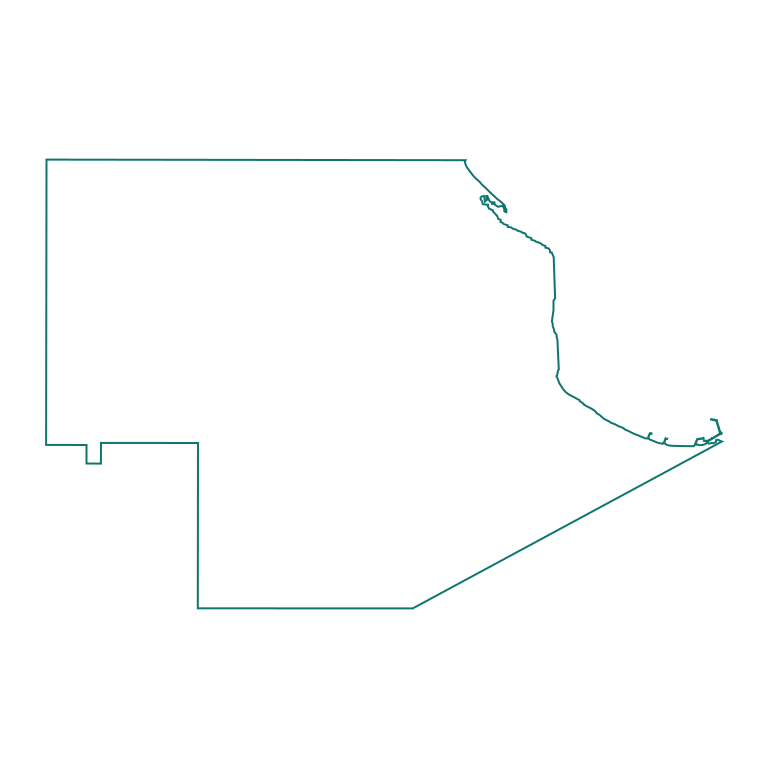 the district of 77, Madinat ach Shamal, Qatar
{"feature_id": "91078587B75856753740390", "entity_name": "77", "entity_type": "district", "adm_level": 2, "iso_a3": "QAT", "parent_name": "Qatar", "parent_adm1": "Madinat ach Shamal", "projection": "albers", "projection_center": [51.407, 25.968], "detail": "fine", "context": "isolated", "style": "outline", "palette": "teal", "viewbox_px": 768, "rotation_deg": 0, "n_neighbors": 0, "source": "geoboundaries", "source_scale": "gbopen_adm2", "svg_char_len": 2991}
<svg xmlns="http://www.w3.org/2000/svg" viewBox="0 0 768 768"><path d="M410.1,608.4L412.7,608.4L672.9,468.0L721.9,441.5L720.3,441.0L718.3,439.8L716.2,439.9L715.9,442.1L714.4,442.8L713.4,443.2L711.1,443.1L708.8,443.7L707.9,442.6L707.6,441.5L720.2,434.0L721.0,434.2L721.5,433.9L721.7,433.0L721.3,432.5L720.4,432.7L716.9,421.2L717.0,420.3L711.2,419.1L711.1,419.6L716.3,420.7L719.7,432.0L720.0,433.4L718.2,434.7L712.6,438.1L711.9,438.0L711.7,438.6L706.8,441.2L706.2,440.7L704.0,440.6L703.9,440.9L704.4,441.0L706.2,441.1L707.3,442.6L706.3,443.4L704.5,444.4L702.2,445.0L699.8,445.2L697.3,444.5L696.3,444.8L695.7,444.7L695.4,444.4L696.4,441.6L696.7,440.9L697.3,439.6L697.6,439.3L703.1,438.6L703.6,438.6L703.7,438.3L703.5,437.9L703.0,438.2L701.8,438.4L699.3,438.7L698.0,438.9L697.2,439.1L694.5,445.4L693.7,446.2L683.1,446.1L672.4,445.8L669.6,445.6L667.1,444.9L665.6,444.2L664.3,442.6L665.6,439.0L667.0,439.0L667.1,438.7L665.8,438.6L665.5,438.4L664.0,442.4L663.0,442.9L662.7,443.8L658.4,443.0L649.8,439.5L648.2,438.4L649.3,435.2L650.1,433.7L650.5,433.6L650.8,433.8L651.4,433.9L651.5,433.3L650.3,433.0L649.8,433.4L649.3,434.4L647.7,438.5L645.4,438.4L642.8,437.3L639.4,435.9L637.5,435.1L634.1,433.8L633.2,433.4L627.8,430.7L624.9,429.5L623.4,428.1L619.9,426.6L618.9,426.4L616.1,424.8L614.2,424.0L610.3,422.4L609.5,421.6L606.0,419.9L603.9,418.8L601.6,416.8L600.0,415.3L598.9,414.5L596.8,413.4L595.7,411.8L594.7,410.8L591.0,408.4L587.5,406.6L583.6,404.5L583.6,403.8L581.2,402.0L579.8,401.2L579.4,400.1L576.5,398.6L573.3,396.8L571.2,395.8L568.4,394.1L566.6,392.8L565.3,391.7L562.7,388.6L560.9,385.7L560.4,384.7L559.6,383.9L557.2,377.5L556.5,376.7L556.5,375.9L557.2,375.1L558.0,370.4L558.8,369.6L557.4,339.5L556.6,337.1L556.6,334.8L554.2,331.6L554.2,330.0L552.7,326.0L552.7,323.7L551.9,321.3L553.5,310.2L553.5,300.7L555.1,298.3L554.4,277.7L553.7,257.2L551.7,252.4L550.1,252.4L549.8,250.0L548.6,248.4L545.4,247.6L545.4,246.0L542.3,244.8L540.7,243.3L536.0,241.7L535.2,240.9L531.3,239.7L531.3,238.1L526.6,236.5L526.2,234.9L525.0,233.3L522.6,232.9L521.9,232.1L517.1,230.5L516.4,229.7L513.2,228.9L510.8,227.3L507.7,226.9L507.7,225.3L503.8,224.1L502.2,222.5L500.6,222.1L500.6,219.8L498.3,219.0L497.1,215.8L493.2,211.8L492.8,210.2L491.2,209.8L490.4,209.1L488.9,208.6L488.5,207.1L487.7,206.3L488.1,204.7L483.4,204.3L482.6,203.9L482.2,201.5L480.6,199.1L480.6,197.5L481.8,196.4L484.2,196.0L484.9,201.5L486.9,199.9L486.5,196.0L487.3,196.0L489.3,200.7L490.5,201.9L492.0,202.3L492.0,203.9L493.6,203.9L493.6,202.3L494.4,202.3L494.8,204.7L498.1,206.8L502.6,205.7L504.4,209.2L504.2,210.9L505.1,211.8L506.3,212.2L506.4,209.5L505.4,208.3L504.6,205.3L500.9,201.8L497.5,199.2L491.6,193.8L489.7,192.0L487.3,189.6L484.2,186.6L482.2,184.9L479.5,181.7L478.0,180.3L476.7,179.3L472.8,175.3L471.7,173.8L468.3,169.2L466.8,167.2L465.8,165.0L464.8,162.1L465.6,160.2L46.5,159.6L46.1,444.9L86.5,445.0L86.5,463.5L100.9,463.6L101.0,442.9L198.0,443.0L197.8,608.3L313.5,608.4L410.1,608.4Z" fill="none" stroke="#0f766e" stroke-width="2"/></svg>